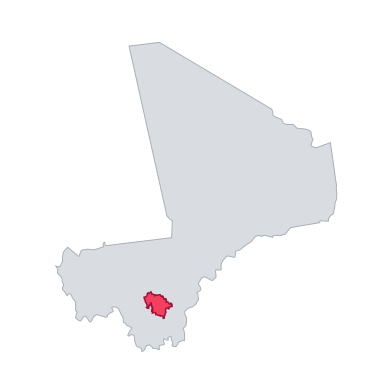 Dioila, Koulikoro, Mali shown in context, rotated 353°
{"feature_id": "8926073B3838133103629", "entity_name": "Dioila", "entity_type": "district", "adm_level": 2, "iso_a3": "MLI", "parent_name": "Mali", "parent_adm1": "Koulikoro", "projection": "natural_earth1", "projection_center": [-6.702, 12.317], "detail": "fine", "context": "in_parent", "style": "filled", "palette": "rose", "viewbox_px": 384, "rotation_deg": 353, "n_neighbors": 0, "source": "geoboundaries", "source_scale": "gbopen_adm2", "svg_char_len": 7377}
<svg xmlns="http://www.w3.org/2000/svg" viewBox="0 0 384 384"><g transform="rotate(353 192 192)"><path d="M63.1,298.2L63.3,296.7L62.1,295.6L62.1,295.0L62.7,290.6L62.7,289.4L63.2,287.2L62.4,286.1L62.2,285.4L60.4,282.5L59.8,280.0L58.9,278.4L56.8,277.9L56.0,279.3L55.5,279.5L54.7,278.5L54.4,277.6L54.4,276.9L51.6,273.0L51.8,270.9L52.8,269.8L53.3,268.0L52.2,266.0L52.4,264.0L52.3,261.2L50.7,258.8L49.6,257.7L48.6,256.1L49.4,252.2L47.8,248.9L50.9,250.2L52.3,249.0L53.7,247.3L54.9,245.1L55.5,242.3L55.7,239.9L57.0,236.2L58.5,234.5L61.5,231.9L62.3,232.1L67.3,237.6L70.1,240.4L71.1,241.9L72.1,241.9L73.5,239.2L74.9,236.9L75.6,236.3L80.6,236.0L83.2,236.4L85.5,237.1L88.8,237.3L97.4,235.6L97.5,234.5L97.4,233.2L97.8,232.2L98.5,231.3L99.1,231.1L99.4,234.2L100.1,234.6L102.2,234.8L166.2,234.8L168.9,218.6L164.2,212.8L147.3,39.5L177.7,39.5L182.9,43.4L281.3,119.6L281.8,122.1L281.7,125.5L282.5,126.5L283.9,127.6L289.5,130.9L290.0,131.5L290.2,132.8L290.9,134.5L292.0,135.5L293.4,136.2L295.1,136.7L300.2,137.2L301.2,137.9L303.5,141.0L304.6,141.6L311.5,143.2L313.7,144.0L316.1,145.4L317.4,146.6L317.4,151.3L318.4,154.4L318.4,155.2L317.3,156.4L317.1,157.3L315.9,159.7L316.1,160.7L318.5,162.6L319.7,163.1L321.1,163.1L335.4,159.9L336.2,204.0L335.7,204.7L335.4,212.5L334.4,217.1L332.6,220.5L331.5,225.6L330.8,226.6L330.3,229.5L329.3,231.1L327.4,231.8L324.2,235.0L323.9,237.6L316.1,236.2L315.6,236.2L315.3,236.6L315.1,238.0L295.2,238.8L285.4,239.4L279.3,245.3L275.3,245.9L270.3,245.4L267.7,245.4L266.7,245.7L266.5,246.8L258.6,243.7L255.6,244.7L255.1,244.4L254.7,243.7L253.3,243.4L251.0,243.5L249.4,244.0L244.4,248.7L241.6,249.9L236.6,252.6L233.1,255.0L231.8,255.5L229.9,255.6L228.2,256.1L226.8,261.5L225.8,262.0L219.8,259.8L218.6,260.2L217.5,260.8L214.2,264.0L212.5,266.5L211.6,269.8L211.8,272.0L211.2,272.7L209.6,272.9L206.8,272.2L206.0,272.5L205.6,274.1L205.7,277.8L205.1,280.2L203.4,281.0L202.1,282.0L201.1,282.2L200.3,282.0L195.4,278.3L193.7,277.7L191.9,278.1L190.2,279.7L187.1,283.5L187.4,284.9L188.3,286.5L188.9,288.4L188.9,290.2L184.4,292.7L185.4,294.6L185.3,299.6L183.3,301.8L182.6,303.3L180.6,304.9L178.9,305.8L173.5,307.1L171.3,308.7L170.3,310.0L170.0,311.4L170.2,313.0L171.3,316.3L170.9,319.3L170.1,322.7L169.2,324.3L166.7,326.1L167.1,328.4L167.3,331.7L166.9,335.9L166.2,338.7L165.6,338.4L163.2,338.6L160.5,339.5L159.6,340.2L159.4,341.2L157.2,343.5L155.7,343.3L154.3,342.7L153.6,342.1L153.5,341.7L154.4,339.9L154.4,339.3L153.6,336.0L153.7,335.2L153.4,332.7L153.2,332.6L150.3,333.7L150.2,334.2L150.6,335.7L150.3,336.0L149.3,336.0L147.8,335.4L146.3,334.0L145.9,334.5L145.7,335.6L145.6,337.0L146.0,339.4L145.6,340.3L143.1,340.1L141.1,340.4L140.5,341.3L140.3,342.3L140.8,343.4L140.7,343.8L139.9,344.5L139.5,344.5L138.3,343.3L133.8,342.1L133.4,340.5L132.9,340.5L131.4,338.4L130.8,338.5L130.3,338.8L128.5,338.7L127.0,340.4L125.9,342.6L124.6,343.7L122.7,344.1L123.0,342.8L122.5,340.9L118.5,338.5L117.9,337.5L116.9,332.1L116.9,330.5L117.2,329.1L117.1,328.0L116.7,327.2L115.5,326.4L114.3,326.0L112.7,327.0L111.9,327.2L111.2,327.2L110.9,326.8L110.9,326.2L112.6,323.3L113.5,322.1L115.1,320.7L115.6,320.0L115.6,319.5L115.4,319.1L114.3,318.5L112.6,317.2L111.7,317.0L110.9,316.4L110.1,314.3L109.7,313.9L108.9,313.7L108.2,313.2L108.2,308.1L106.6,304.3L105.1,299.4L104.3,298.2L103.0,297.3L101.3,296.6L99.8,296.4L98.1,297.0L98.2,297.4L99.1,299.0L99.3,299.8L99.1,300.7L98.8,301.2L96.5,301.8L93.5,303.5L92.5,305.6L91.8,305.9L90.6,305.6L82.7,302.1L79.3,303.6L77.1,306.7L76.6,307.7L75.6,308.5L75.0,308.6L74.4,308.0L72.1,303.4L71.1,302.3L69.9,302.2L68.8,303.0L67.7,304.5L66.2,306.0L65.4,306.4L64.6,306.2L61.3,303.1L61.1,302.4L62.6,298.7L63.1,298.2Z" fill="#d9dde1" stroke="#a8b0b8" stroke-width="1"/><path d="M150.3,291.8L150.2,291.8L149.9,291.8L149.8,291.6L149.7,291.6L149.4,291.7L149.2,291.8L149.1,292.1L149.0,292.3L148.9,292.3L147.8,290.0L146.8,290.0L145.5,290.1L143.9,290.4L143.6,289.7L143.0,289.8L142.8,289.6L142.5,289.8L142.2,290.2L142.1,289.4L141.7,289.2L140.6,288.6L139.7,288.4L139.5,287.3L139.5,286.8L139.0,286.0L137.6,287.3L137.2,287.5L136.2,286.7L135.7,287.0L135.3,287.3L135.2,287.8L134.8,289.3L134.2,289.9L132.5,290.6L131.6,290.6L131.7,292.0L131.9,292.7L132.2,293.4L132.3,294.6L132.4,295.7L133.1,296.7L133.6,298.5L133.6,300.3L132.7,301.2L133.9,302.0L134.0,302.0L133.9,301.9L134.0,301.9L134.3,301.7L134.4,301.8L134.5,301.9L134.6,301.6L134.6,301.4L134.7,301.2L134.8,301.2L134.9,301.3L135.0,301.3L135.0,301.2L135.1,300.9L135.0,300.7L135.1,300.4L135.2,300.1L135.3,300.0L135.3,299.9L135.7,299.8L135.6,299.6L135.8,299.4L136.0,299.3L136.0,299.2L136.3,299.3L136.5,299.3L136.8,299.2L136.9,298.9L136.9,298.6L137.0,298.6L137.0,298.4L137.2,298.2L137.3,298.0L137.3,297.9L137.4,298.0L137.6,297.9L137.8,297.7L137.8,297.4L138.0,297.3L138.0,297.5L138.0,297.9L137.9,298.1L137.8,298.4L137.7,298.6L137.7,298.9L137.9,299.1L138.0,299.4L138.0,299.5L138.0,299.8L137.9,300.0L137.9,300.3L138.1,300.6L138.3,300.7L138.5,300.6L138.6,300.8L138.5,301.3L138.4,301.4L138.1,301.9L138.1,302.0L138.2,302.3L138.4,302.2L138.6,302.2L138.7,302.3L138.9,302.4L138.9,302.6L138.9,303.0L138.6,303.1L138.4,303.3L138.3,303.6L138.2,303.7L137.9,303.7L137.8,303.8L137.7,303.9L137.8,304.1L138.2,304.0L138.3,304.0L138.5,304.1L138.6,304.4L138.5,304.7L138.4,304.7L138.2,304.9L138.1,305.0L137.7,305.1L137.4,305.2L137.3,305.3L137.4,305.7L137.5,305.8L137.8,305.9L138.0,305.7L138.3,306.1L138.5,306.1L138.6,306.4L138.5,306.6L138.3,306.7L138.2,306.9L138.2,307.0L138.3,307.1L138.5,307.2L138.4,307.3L139.9,307.2L140.7,307.0L141.1,307.5L141.1,309.4L142.0,309.2L142.4,309.4L143.0,310.1L145.0,310.9L145.1,311.0L145.3,311.2L145.5,310.8L145.8,310.8L146.0,310.9L146.2,311.0L146.3,311.1L146.6,311.1L146.8,311.3L147.0,311.3L147.3,311.4L147.6,311.5L147.8,311.6L148.1,311.8L148.2,312.0L148.0,312.3L148.0,312.5L148.0,312.8L148.2,313.0L148.1,313.3L148.0,313.6L148.1,313.9L148.4,313.9L148.5,313.9L149.0,313.8L149.2,313.4L149.3,313.2L149.3,312.7L149.2,312.4L149.3,312.3L149.3,312.2L149.6,311.5L149.9,311.1L150.0,311.1L150.1,310.7L150.2,310.4L150.3,310.2L150.5,309.9L150.5,309.6L150.7,309.3L150.8,309.2L151.0,308.8L151.1,308.7L151.2,308.4L151.3,308.3L151.3,308.2L151.5,308.0L151.5,307.7L151.4,307.5L151.4,307.3L151.4,307.2L151.3,306.8L151.3,306.5L151.1,306.2L151.2,305.8L151.3,305.6L151.5,305.3L151.8,305.0L151.8,304.9L151.9,304.7L152.5,304.3L153.6,304.2L154.3,305.1L154.8,305.1L155.1,304.8L155.0,303.9L155.4,303.3L156.1,303.4L157.2,303.2L158.3,303.2L158.4,301.7L158.2,301.8L158.1,301.7L157.9,301.4L158.0,301.1L158.0,300.9L157.9,300.9L157.8,300.7L158.1,300.7L157.9,300.2L157.7,300.0L157.6,299.9L157.4,299.7L157.2,299.8L157.0,300.1L157.0,300.3L157.0,300.5L156.9,300.5L156.7,300.4L156.6,300.5L156.4,300.6L156.3,300.3L156.1,300.2L155.8,300.1L155.7,300.2L155.5,299.9L155.5,299.7L155.3,299.2L155.2,299.0L155.1,298.8L155.1,298.6L154.8,298.3L154.5,298.3L154.2,298.2L153.9,298.2L153.8,298.3L153.6,298.2L153.3,298.3L153.2,298.3L153.1,298.2L153.1,297.9L153.4,297.9L153.6,297.8L153.6,297.7L153.4,297.3L153.1,296.9L153.0,296.7L153.0,296.3L152.9,296.2L153.0,296.1L153.2,296.3L153.3,296.3L153.4,296.2L153.5,295.8L153.4,295.6L153.2,295.5L153.2,295.2L152.9,295.0L152.8,294.8L152.7,294.7L152.3,294.6L152.2,294.7L151.8,294.8L151.6,295.0L151.5,294.7L151.4,294.5L151.1,294.5L151.0,294.4L151.0,294.2L150.9,294.1L150.8,293.9L150.8,293.5L150.7,293.3L150.4,292.9L150.5,292.4L150.4,292.2L150.5,292.2L150.4,292.0L150.4,291.9L150.3,291.8Z" fill="#f43f5e" stroke="#9f1239" stroke-width="1.5"/></g></svg>